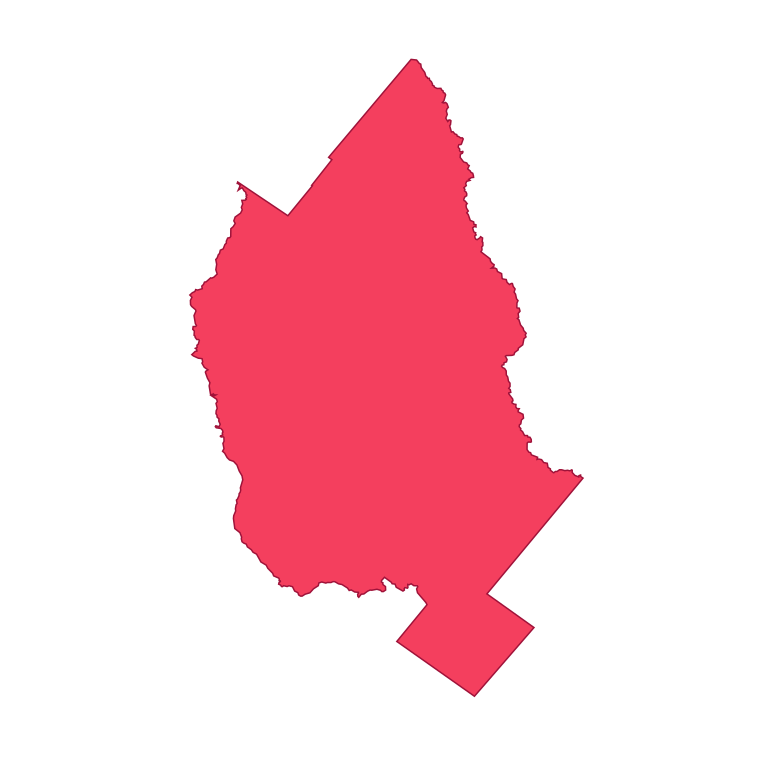 Saladillo, Buenos Aires, Argentina, rotated 264°
{"feature_id": "61730980B83409300845185", "entity_name": "Saladillo", "entity_type": "district", "adm_level": 2, "iso_a3": "ARG", "parent_name": "Argentina", "parent_adm1": "Buenos Aires", "projection": "equal_earth", "projection_center": [-59.628, -35.682], "detail": "fine", "context": "isolated", "style": "filled", "palette": "rose", "viewbox_px": 768, "rotation_deg": 264, "n_neighbors": 0, "source": "geoboundaries", "source_scale": "gbopen_adm2", "svg_char_len": 6170}
<svg xmlns="http://www.w3.org/2000/svg" viewBox="0 0 768 768"><g transform="rotate(264 384 384)"><path d="M704.0,444.9L615.2,352.6L612.5,355.6L589.1,332.8L588.6,333.5L561.4,306.0L600.2,259.6L598.8,259.0L598.5,260.0L596.4,261.7L592.0,259.3L593.7,262.4L593.7,263.7L591.0,264.8L589.2,266.5L586.5,266.7L586.2,267.4L585.0,266.5L583.7,266.9L582.7,265.9L582.0,266.3L581.3,265.2L581.5,261.8L577.8,262.3L574.6,260.6L572.0,261.2L568.9,259.2L565.6,253.4L561.9,251.7L559.2,252.8L556.3,250.5L554.4,247.9L546.7,247.0L545.7,246.0L545.5,243.8L542.5,242.1L540.5,241.9L539.4,240.4L535.2,238.2L534.2,235.2L530.9,234.0L530.0,232.8L526.9,231.3L525.4,229.7L520.5,230.1L515.2,228.7L510.8,229.6L508.0,225.9L507.3,223.8L507.7,222.7L504.2,217.8L504.1,216.1L501.9,214.9L500.4,213.0L497.8,213.2L496.9,208.4L497.6,206.6L495.8,205.6L494.8,202.9L492.8,200.2L490.4,202.1L487.4,200.2L483.1,199.9L481.3,200.8L477.6,204.3L476.2,204.6L471.9,202.2L463.7,202.7L461.8,203.6L460.9,202.8L461.1,200.2L458.4,199.5L456.5,200.9L452.3,200.2L451.3,201.1L450.0,201.1L447.8,202.5L447.6,204.3L446.6,204.9L443.0,203.4L442.1,202.0L439.8,201.9L439.2,200.1L438.0,201.3L436.3,201.4L436.2,199.7L433.3,195.9L431.8,197.4L429.1,202.0L428.2,205.7L424.9,206.0L423.8,205.1L419.4,207.0L416.5,210.4L415.2,207.9L414.2,207.6L408.3,209.0L403.5,211.0L400.4,209.9L391.8,210.4L391.2,212.3L392.1,213.1L390.9,214.2L390.7,215.6L390.1,214.2L390.6,213.0L390.5,211.0L386.4,215.9L383.9,216.4L382.3,214.9L377.3,215.6L374.9,214.3L372.0,213.8L370.3,214.7L368.6,214.5L366.6,216.2L364.4,215.8L361.1,216.9L358.8,215.5L360.0,212.4L359.2,211.8L358.0,212.6L356.8,217.1L354.9,218.5L353.0,218.8L352.1,218.0L350.2,218.3L349.5,216.0L348.9,215.8L348.3,216.7L348.3,218.6L347.7,219.2L343.7,218.9L341.8,217.6L336.4,218.1L334.0,216.4L331.9,218.3L327.2,220.3L324.6,222.4L322.8,226.3L318.8,229.3L312.6,230.9L307.5,233.2L303.4,233.5L295.7,230.3L293.5,230.4L291.3,229.6L290.2,228.5L288.1,228.1L284.8,226.2L284.0,225.1L280.5,225.4L279.3,224.3L275.4,223.2L273.2,223.2L268.8,220.8L266.0,220.2L255.8,220.5L251.2,225.2L246.6,226.4L244.9,225.9L242.0,226.3L240.5,227.8L239.1,230.3L236.3,231.1L233.1,234.7L230.3,236.2L228.1,239.5L219.8,243.0L216.2,247.9L212.8,249.2L207.4,253.5L204.7,254.2L202.0,259.0L200.9,259.5L199.4,259.1L199.0,260.3L198.4,260.3L197.4,258.8L195.9,258.3L194.9,260.1L193.3,260.9L193.1,261.9L193.9,263.1L192.7,266.5L193.3,268.4L192.0,271.8L187.4,273.5L185.5,276.5L183.1,277.1L181.8,278.8L181.6,280.4L183.2,283.6L184.1,288.5L187.7,292.5L190.3,297.6L192.9,298.4L193.6,301.4L192.1,305.3L192.5,307.0L192.1,310.5L192.8,312.6L192.5,314.5L190.0,317.9L189.0,321.2L184.9,326.4L182.3,327.8L182.6,329.9L180.2,333.1L179.5,336.8L178.5,336.7L177.7,335.8L175.5,335.8L174.5,336.6L177.3,339.4L177.3,342.1L179.6,345.9L180.5,348.5L180.2,350.4L180.6,355.5L179.2,359.0L177.8,360.1L177.6,361.6L178.9,364.1L182.4,364.3L184.3,362.3L185.3,361.8L186.3,362.2L187.4,360.7L188.8,361.0L191.7,364.3L186.1,370.5L184.5,371.2L183.8,374.1L180.6,374.9L176.1,381.2L176.9,382.7L178.4,382.7L179.3,383.4L178.5,386.0L179.0,386.5L182.2,386.7L181.7,388.0L182.5,390.1L180.3,392.6L179.8,396.1L178.8,396.4L176.8,395.0L172.9,395.5L162.3,402.8L160.0,403.7L126.6,369.8L64.0,441.3L126.1,507.7L164.5,464.4L269.6,572.1L271.4,570.0L272.9,570.0L272.5,568.3L271.2,568.0L273.2,564.2L276.4,561.9L278.6,562.2L279.0,561.7L278.2,559.8L279.0,557.6L278.9,554.8L280.1,551.8L280.4,549.6L278.9,547.0L279.1,545.3L278.0,543.6L278.2,543.1L280.8,540.5L282.2,540.6L283.9,538.4L288.1,538.1L289.2,534.6L292.3,532.8L293.2,530.1L293.0,528.3L295.1,529.1L298.1,523.2L300.4,522.6L301.0,521.0L303.8,519.4L310.3,520.2L311.2,521.4L310.8,523.9L311.1,524.5L313.6,524.6L315.8,523.6L316.2,521.6L317.7,521.3L318.1,518.4L322.2,516.8L324.0,515.0L325.4,515.4L327.4,514.0L329.2,514.4L330.1,515.9L333.8,516.9L335.5,519.2L339.3,519.1L342.3,514.5L343.5,514.6L345.3,515.9L345.7,513.6L347.3,512.7L349.9,513.1L350.5,511.0L351.9,509.3L353.2,509.5L353.8,510.5L355.7,510.4L361.3,507.0L362.1,507.1L362.4,509.2L365.2,509.0L366.6,507.6L368.3,509.1L371.7,509.4L373.7,508.1L378.0,507.8L380.2,506.6L384.2,506.9L386.8,505.6L388.0,503.6L389.4,502.8L390.5,503.6L390.6,505.2L392.6,505.6L393.2,508.1L395.5,509.0L398.9,507.6L399.5,508.6L399.1,514.1L399.5,516.3L401.7,517.3L403.9,521.0L405.5,521.3L408.5,526.1L414.4,527.9L416.0,530.2L418.0,529.6L419.6,530.7L422.7,528.5L424.9,528.3L428.4,526.0L433.8,524.9L435.2,523.5L436.2,524.9L440.1,524.8L442.2,526.9L445.3,526.4L445.7,524.3L446.2,524.1L450.7,524.7L452.9,526.0L454.9,524.7L459.6,524.2L461.8,523.0L464.8,524.3L467.5,522.7L470.5,522.2L470.7,521.2L469.8,519.2L472.2,517.0L475.1,516.5L476.0,513.3L476.8,512.5L481.5,512.5L484.0,508.6L486.6,508.1L487.8,506.3L488.0,503.0L489.7,505.6L491.2,506.0L492.4,504.4L494.8,502.8L497.4,502.6L505.4,494.2L507.1,495.5L510.1,495.5L511.2,496.8L514.6,497.1L515.1,496.5L518.9,497.3L520.4,495.5L519.3,494.5L517.8,491.7L518.4,490.4L520.2,489.7L521.7,489.7L522.6,491.2L524.0,490.5L524.8,491.0L525.9,489.2L530.0,488.5L531.2,490.4L530.6,491.9L532.8,492.1L533.3,490.2L535.9,490.1L537.7,486.9L543.7,485.5L545.6,484.2L547.2,485.9L550.3,484.4L552.5,484.2L554.2,484.7L554.6,485.6L557.4,483.9L558.1,482.8L559.1,482.6L561.4,483.7L562.6,485.9L564.5,486.2L566.3,485.7L567.7,484.2L569.1,484.8L570.8,483.9L572.7,486.6L574.8,486.2L576.9,487.4L577.5,490.8L578.7,489.6L580.1,492.5L580.1,494.7L581.9,494.7L584.3,494.3L585.4,492.6L586.8,492.1L589.2,489.7L592.3,491.6L593.2,490.3L595.2,489.4L596.5,486.4L601.4,483.4L604.5,484.0L605.3,486.1L606.6,486.8L607.1,486.6L606.8,485.0L607.2,484.1L608.3,483.5L609.7,483.9L611.6,482.6L612.9,482.8L614.2,483.5L614.1,485.5L614.6,486.1L619.4,488.4L620.6,487.7L620.8,485.8L622.4,484.0L622.7,482.8L624.5,482.4L625.2,480.7L627.7,479.0L627.6,477.4L634.0,476.3L634.9,477.2L638.8,478.1L639.5,477.5L639.8,476.2L638.4,474.9L641.9,473.2L645.5,475.1L648.8,474.5L650.9,475.3L652.4,476.9L656.1,476.0L657.6,474.7L657.2,473.0L657.8,471.5L659.4,473.2L665.1,475.5L666.8,474.9L667.7,473.5L669.5,473.3L670.3,472.1L672.1,471.5L672.4,467.6L674.0,465.1L675.1,465.0L676.1,463.4L677.2,463.6L679.8,462.7L681.4,461.2L683.3,461.0L683.4,459.3L684.5,459.1L685.4,457.9L689.6,457.1L694.8,454.1L698.3,454.0L699.1,452.6L702.8,450.3L704.0,444.9Z" fill="#f43f5e" stroke="#9f1239" stroke-width="1.5"/></g></svg>